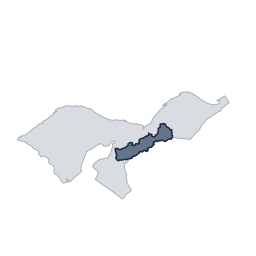 Manica on a map of Mozambique (Robinson projection), rotated 236°
{"feature_id": "MOZ-1192", "entity_name": "Manica", "entity_type": "Province", "adm_level": 1, "iso_a3": "MOZ", "parent_name": "Mozambique", "parent_adm1": "", "projection": "robinson", "projection_center": [33.487, -18.999], "detail": "fine", "context": "in_parent", "style": "filled", "palette": "slate", "viewbox_px": 256, "rotation_deg": 236, "n_neighbors": 0, "source": "natural_earth", "source_scale": "10m", "svg_char_len": 8448}
<svg xmlns="http://www.w3.org/2000/svg" viewBox="0 0 256 256"><g transform="rotate(236 128 128)"><path d="M83.7,172.8L85.2,171.6L94.9,160.0L95.5,159.6L94.7,157.7L96.0,155.4L96.2,151.9L96.6,151.4L98.0,150.2L100.1,146.6L101.4,143.9L101.5,142.5L99.7,138.7L99.1,136.7L99.7,134.9L99.9,133.3L99.6,132.7L98.5,132.1L98.3,131.3L98.3,130.5L98.5,130.0L99.9,129.2L100.2,128.8L101.4,124.4L101.0,121.0L101.0,117.2L101.2,113.3L101.1,111.1L100.2,108.5L100.1,106.7L100.8,105.4L100.9,104.6L98.7,104.2L97.6,103.1L93.5,101.4L90.3,101.2L87.7,98.6L85.6,98.2L82.9,96.4L74.6,96.0L74.3,95.8L74.0,90.1L73.6,88.3L72.6,86.3L72.3,84.9L72.4,84.0L77.0,81.9L86.1,79.0L88.1,78.0L103.5,72.2L104.0,72.6L105.5,75.6L108.1,78.9L108.7,78.4L112.4,77.9L113.0,77.5L114.1,77.2L115.4,77.0L115.8,77.2L117.2,79.3L117.7,83.1L117.7,85.8L117.6,87.6L116.4,89.8L115.6,92.5L114.5,94.0L114.5,94.7L115.8,96.4L116.1,97.0L116.0,98.5L116.2,99.0L117.4,99.9L118.3,101.2L121.6,105.2L122.5,105.9L123.2,106.1L123.5,106.8L123.3,107.7L122.8,108.3L123.0,109.0L123.6,109.6L125.2,109.5L125.4,109.2L125.3,105.8L124.7,103.7L124.1,102.8L125.4,99.0L126.1,98.0L128.6,97.6L129.8,97.2L130.3,96.8L130.6,95.6L131.0,92.2L131.1,89.1L130.8,87.3L131.2,84.5L131.7,82.8L131.5,82.4L131.3,80.1L125.0,70.9L121.4,66.7L120.8,66.3L118.9,65.9L117.8,64.4L117.0,56.1L115.7,50.1L117.7,46.1L118.4,43.6L118.9,43.2L120.6,43.0L126.8,43.1L128.4,43.3L129.1,43.1L130.7,41.5L132.0,41.6L133.8,42.6L134.8,43.4L135.0,44.2L136.2,44.6L138.4,44.7L140.1,44.3L141.1,43.4L142.1,43.0L143.3,42.9L144.1,43.2L144.7,43.9L145.8,44.3L147.4,44.6L149.2,44.2L151.1,43.1L152.2,41.9L152.8,39.9L153.2,39.7L155.9,39.5L157.3,39.8L159.2,41.1L162.4,38.9L164.4,38.1L166.4,38.1L168.0,37.6L169.2,36.5L170.5,35.9L173.2,35.1L175.0,34.0L180.0,29.7L180.6,30.9L181.6,32.1L180.3,33.3L181.4,34.1L180.5,35.3L180.4,36.1L180.8,36.9L180.3,38.3L179.5,39.3L179.3,40.1L180.0,41.5L179.6,44.0L180.6,48.2L180.3,49.5L180.5,52.8L180.1,54.0L180.8,54.4L181.1,55.7L180.8,58.0L179.7,59.0L179.5,59.9L180.9,59.9L180.9,62.8L180.7,63.6L181.1,64.6L180.6,65.6L181.1,70.2L181.1,73.6L181.2,74.1L182.4,74.7L182.3,75.6L181.6,76.8L181.6,78.5L182.5,77.1L183.0,77.1L183.4,77.7L183.4,79.7L183.7,80.7L183.6,81.6L182.2,83.2L182.1,84.9L181.5,85.1L181.3,85.5L181.6,86.4L181.6,87.2L180.6,89.8L175.8,95.8L175.7,96.9L174.5,98.8L173.2,99.1L172.5,99.6L173.0,101.3L166.7,105.6L166.1,106.2L165.0,107.7L162.9,108.6L160.7,108.7L160.3,109.0L155.2,111.0L154.2,111.9L152.0,112.8L148.6,114.9L145.7,116.9L142.5,120.0L142.1,121.6L140.6,123.7L138.4,126.3L137.0,128.4L136.9,129.3L136.1,129.6L135.5,128.7L135.2,130.4L134.6,130.5L134.0,130.2L131.2,132.0L129.1,134.0L126.1,138.0L121.7,141.8L120.7,141.9L119.4,140.5L118.6,140.5L119.7,141.9L119.7,145.1L119.1,148.9L119.2,149.7L122.0,153.7L123.4,158.4L123.5,160.8L125.0,163.8L125.6,168.5L125.5,172.8L126.1,173.5L126.4,172.8L126.5,170.1L126.9,169.4L127.3,169.5L127.7,171.0L127.8,172.5L127.3,175.9L127.4,177.3L128.1,179.6L127.3,182.2L126.0,189.6L126.3,190.0L126.9,190.2L127.2,189.4L127.5,189.4L127.7,189.9L127.2,192.8L126.7,194.0L124.8,197.2L123.7,198.5L122.0,199.8L118.1,201.8L110.1,204.8L105.1,207.1L101.1,209.9L99.4,211.7L98.7,213.8L97.3,216.0L98.5,217.9L100.0,219.2L100.7,217.0L101.0,217.0L100.4,226.2L94.9,226.3L93.3,226.0L92.4,226.0L92.3,222.2L91.7,219.3L91.9,217.3L91.9,216.2L90.7,215.5L90.4,213.3L91.1,211.6L91.0,197.5L89.1,190.7L86.4,185.8L86.3,183.4L85.1,177.9L83.7,172.8ZM119.1,49.5L119.8,49.2L119.9,48.5L119.4,48.1L119.1,48.2L118.9,49.3L119.1,49.5ZM118.7,48.3L118.1,47.8L117.7,47.9L117.6,48.3L118.0,48.9L118.5,48.9L118.7,48.3Z" fill="#d9dde1" stroke="#a8b0b8" stroke-width="1"/><path d="M101.3,125.0L101.5,124.7L101.8,124.4L101.8,124.0L101.6,123.8L101.1,123.4L101.0,123.1L100.9,122.9L101.1,122.6L101.2,122.3L101.2,122.2L101.1,121.9L100.8,120.6L100.8,120.3L100.8,120.0L100.7,119.8L100.7,119.7L100.9,119.5L100.9,119.3L100.9,119.1L100.8,118.8L100.8,118.6L100.8,118.3L100.9,118.1L101.0,117.9L101.4,117.6L101.5,117.1L101.4,116.6L101.5,116.2L101.6,115.7L101.6,115.2L101.1,114.8L100.9,114.7L100.8,114.2L100.9,113.9L101.0,113.8L101.4,112.9L101.5,112.7L101.8,112.5L101.9,112.2L101.8,111.9L102.0,111.5L102.4,110.7L102.3,110.2L102.4,109.8L102.4,109.5L102.6,109.1L102.8,108.8L103.0,108.6L103.1,108.4L103.7,108.3L103.8,108.2L103.9,107.6L104.3,106.5L104.7,105.9L104.7,105.7L104.8,105.3L104.8,105.1L104.8,104.9L105.0,104.6L105.3,104.4L105.5,104.1L106.1,103.3L106.1,103.2L106.0,102.9L106.1,102.6L106.0,102.3L106.1,102.2L106.5,101.7L106.7,101.4L107.0,101.2L107.6,101.1L108.6,101.2L108.8,101.2L109.3,101.0L109.4,100.9L109.8,100.9L110.0,101.1L110.3,101.7L110.7,102.2L111.0,102.7L111.2,102.9L111.5,103.1L111.8,103.1L112.0,103.5L112.6,103.6L112.8,103.6L113.1,103.7L113.3,103.8L113.8,104.2L114.0,104.4L114.9,104.5L115.6,104.6L116.1,104.8L118.1,106.0L117.5,106.8L117.3,107.3L117.2,107.5L116.8,107.9L116.0,108.3L115.4,108.5L115.1,108.7L114.9,108.8L114.2,110.3L114.2,110.6L114.2,111.3L114.2,111.5L113.9,112.2L113.8,112.7L113.7,113.3L113.7,113.9L113.7,114.1L113.2,115.2L113.2,115.4L113.2,115.5L113.5,116.8L113.5,117.0L113.4,118.1L113.4,118.3L113.5,118.5L114.4,118.9L114.6,119.2L114.8,119.3L114.8,119.5L114.8,120.0L114.8,120.6L114.8,121.1L114.5,122.1L114.4,122.5L114.2,122.7L113.8,122.6L113.7,122.6L113.2,123.2L113.0,123.3L112.8,123.2L112.7,123.1L112.3,122.8L112.2,122.6L112.2,122.3L112.1,122.1L111.9,121.8L111.7,121.8L111.2,121.7L111.2,121.9L111.1,122.2L111.1,122.4L110.8,122.6L110.6,122.7L110.4,122.9L110.2,123.1L109.9,123.5L110.0,123.7L110.2,124.2L110.3,124.4L110.3,124.6L110.1,125.0L110.3,125.2L110.4,125.5L110.5,125.7L110.5,125.9L110.3,126.2L110.1,126.4L109.9,126.6L109.7,126.7L109.5,127.1L109.2,127.5L109.0,127.8L108.9,128.2L108.9,128.4L109.0,128.7L109.3,128.7L109.5,128.7L109.8,129.0L110.2,129.1L110.3,129.2L110.4,129.3L110.5,129.6L110.9,129.8L111.0,129.9L111.1,130.0L111.2,130.4L111.3,130.6L111.6,130.7L111.8,130.7L111.9,131.0L112.0,131.1L112.1,131.5L111.1,135.7L111.1,138.7L111.1,138.9L111.0,139.0L110.9,139.0L110.6,139.0L110.4,139.1L110.3,139.3L110.3,139.6L110.6,140.0L110.6,140.4L110.5,141.0L110.6,141.4L110.9,141.4L111.0,141.5L111.4,141.8L111.5,141.8L111.7,142.0L111.9,142.1L111.7,142.2L111.4,142.2L111.3,142.4L111.0,142.5L110.9,142.6L110.8,142.9L110.7,143.0L110.3,143.2L110.1,143.4L109.7,143.5L109.3,144.1L109.2,144.1L108.7,143.7L108.4,143.3L108.3,143.2L107.9,143.4L107.6,143.5L107.2,143.7L106.9,143.9L106.8,144.0L106.7,144.1L105.7,145.0L106.0,146.1L106.3,146.3L106.5,146.9L106.7,147.2L106.7,147.4L106.7,147.5L106.5,148.1L106.5,148.3L106.5,148.9L106.6,149.1L109.2,152.0L109.3,152.1L110.5,152.6L110.7,152.8L110.7,153.0L110.8,155.5L111.0,155.7L111.8,155.7L111.9,155.8L113.0,156.7L113.1,156.8L113.1,157.1L113.1,157.3L112.9,157.5L112.5,157.7L112.4,157.9L112.4,158.0L112.4,158.4L112.1,158.6L112.1,158.8L112.0,159.8L111.5,159.8L111.3,159.9L111.1,160.2L110.8,160.6L110.7,160.9L110.6,161.0L110.4,161.1L110.2,160.8L110.0,160.7L109.7,160.7L109.1,160.9L107.3,160.8L106.9,160.8L106.6,161.0L105.9,161.6L105.6,161.7L105.2,161.8L104.8,162.0L104.6,162.1L104.4,162.1L104.0,161.9L103.7,161.9L102.9,162.2L102.7,162.3L102.5,162.5L102.3,162.8L102.2,163.2L101.7,162.9L101.3,162.8L101.2,162.7L101.2,162.4L101.1,162.2L100.8,161.9L100.6,161.9L99.9,161.9L99.7,161.9L99.4,161.8L98.2,160.8L97.8,160.6L97.6,160.6L96.9,160.6L96.7,160.6L96.2,160.2L95.7,159.7L94.9,158.3L95.0,158.1L94.9,158.0L94.8,157.8L94.7,157.7L95.9,155.8L96.2,155.3L96.2,154.8L95.9,152.3L96.0,151.8L96.1,151.3L96.4,150.8L96.8,150.7L97.3,150.8L97.8,150.7L98.0,150.4L98.7,149.0L99.8,147.5L99.9,147.3L100.0,147.1L100.1,146.8L100.0,146.7L100.0,146.4L100.1,146.0L100.2,145.9L100.3,145.3L100.3,145.2L100.7,145.1L100.8,144.9L100.8,144.5L101.0,144.4L101.5,144.4L101.4,144.0L101.5,143.2L101.7,142.4L101.7,142.0L101.8,141.7L101.8,141.4L101.7,141.3L101.5,141.2L101.2,141.1L101.1,140.9L101.0,140.6L101.1,140.2L101.0,139.9L100.9,139.8L100.7,139.9L100.3,140.2L100.1,140.3L99.9,140.3L99.7,140.3L99.6,140.1L99.5,139.9L99.6,139.7L99.6,139.1L99.7,138.3L99.7,138.0L99.6,137.8L99.5,137.7L99.3,137.8L99.1,137.7L99.0,137.4L99.0,136.9L99.0,136.5L99.0,136.4L99.4,135.9L99.6,135.7L99.7,135.2L99.7,134.9L100.0,133.5L99.9,133.0L99.9,132.9L99.7,132.8L99.6,132.4L99.4,132.3L99.2,132.3L98.6,132.4L98.4,132.4L98.2,132.2L98.2,131.9L98.1,131.5L98.1,131.4L98.5,131.1L98.3,131.0L98.3,130.8L98.2,130.2L99.2,129.5L99.5,129.5L100.0,129.5L100.4,129.3L100.5,129.1L100.6,128.8L100.6,128.4L100.5,128.0L100.2,127.4L100.1,126.9L100.1,126.7L100.2,126.3L100.6,126.2L101.2,125.8L101.4,125.7L101.5,125.4L101.4,125.3L101.3,125.1L101.3,125.0Z" fill="#64748b" stroke="#1e293b" stroke-width="1.5"/></g></svg>